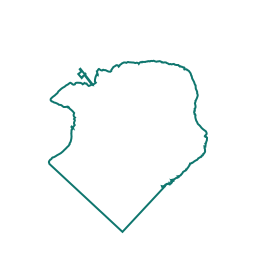 Ollei, Palau (Albers equal-area conic projection), rotated 50°
{"feature_id": "81905179B39968712547281", "entity_name": "Ollei", "entity_type": "district", "adm_level": 2, "iso_a3": "PLW", "parent_name": "Palau", "parent_adm1": "", "projection": "albers", "projection_center": [134.619, 7.719], "detail": "fine", "context": "isolated", "style": "outline", "palette": "teal", "viewbox_px": 256, "rotation_deg": 50, "n_neighbors": 0, "source": "geoboundaries", "source_scale": "gbopen_adm2", "svg_char_len": 5710}
<svg xmlns="http://www.w3.org/2000/svg" viewBox="0 0 256 256"><g transform="rotate(50 128 128)"><path d="M204.0,199.0L196.5,138.3L195.1,139.1L194.9,139.6L194.4,139.4L194.8,139.1L195.4,138.2L195.7,138.0L195.9,137.4L196.2,137.4L196.4,137.1L196.2,136.7L195.7,136.9L195.8,136.5L195.6,136.5L195.5,136.0L195.9,135.6L195.7,135.3L195.6,134.7L195.8,134.2L196.0,134.2L196.3,133.8L196.4,133.1L196.9,132.9L197.2,132.5L197.6,132.4L197.9,132.5L198.1,132.3L198.0,132.0L197.7,131.9L197.6,131.6L197.3,131.5L197.5,131.4L197.6,131.1L197.8,131.1L198.1,130.9L198.1,130.5L197.7,130.3L197.7,130.0L197.9,129.4L197.7,129.0L197.0,129.1L197.1,128.9L197.0,128.6L196.5,128.5L197.2,128.2L197.5,127.9L197.6,127.4L197.8,127.1L197.5,126.7L197.1,126.5L196.4,126.8L196.7,126.2L197.0,125.5L197.1,125.0L197.1,124.5L197.2,123.7L197.3,122.9L197.8,122.4L197.8,121.9L198.0,121.5L198.2,120.7L197.9,120.3L197.2,120.5L197.9,119.2L198.1,117.9L197.8,117.4L197.8,116.3L197.5,115.2L197.1,114.2L197.1,113.6L197.3,112.5L197.6,111.1L197.1,110.3L197.5,110.0L197.0,108.4L196.9,107.4L196.4,106.1L196.2,105.0L195.8,104.7L195.7,104.0L195.1,103.3L195.8,102.2L195.7,101.6L196.1,101.1L196.1,100.0L196.2,98.4L196.4,97.0L196.8,95.5L196.6,94.2L196.4,93.7L196.6,92.8L196.8,91.2L197.1,90.9L197.1,90.1L196.9,89.7L196.5,89.3L197.0,88.5L196.6,87.1L196.3,87.0L196.4,86.5L196.0,84.8L195.4,83.9L194.7,83.4L194.4,83.3L193.7,82.6L192.9,82.4L192.4,82.2L192.1,81.7L191.3,81.3L192.0,80.7L190.9,79.5L190.2,78.8L189.6,78.7L189.6,77.8L188.9,77.0L188.2,75.6L187.2,74.6L186.2,73.7L185.1,73.8L184.7,73.9L184.5,74.4L183.6,74.4L183.4,73.8L183.4,72.9L183.1,71.6L182.5,71.1L181.5,70.7L180.6,70.5L179.3,70.8L178.1,71.1L176.7,71.4L175.7,71.5L174.8,71.6L173.6,71.5L172.7,71.5L171.4,71.6L170.4,71.8L169.4,71.8L168.1,71.3L166.2,71.0L164.6,70.3L163.3,69.7L162.7,69.2L162.2,68.9L161.8,68.2L161.4,68.0L161.0,68.1L160.6,67.8L160.2,68.1L159.7,67.8L159.2,67.5L158.7,67.4L158.5,67.2L157.7,66.4L157.8,66.0L157.5,65.9L157.4,65.4L157.1,65.1L156.2,64.8L155.9,63.5L155.4,62.8L154.5,62.1L153.2,61.4L152.0,60.8L151.9,60.5L151.5,59.9L151.3,59.4L150.9,59.0L150.6,58.9L150.5,58.4L150.1,57.5L149.5,56.2L148.8,55.0L148.5,54.5L148.0,53.8L147.5,53.4L146.8,53.0L146.2,52.9L145.6,52.6L145.2,52.1L144.8,51.8L143.0,51.2L142.3,51.1L141.9,50.9L141.5,50.8L141.0,50.5L140.5,50.1L139.9,49.7L139.3,49.2L138.8,48.8L138.3,48.9L136.8,48.5L135.5,47.9L133.8,47.5L132.7,47.3L132.2,47.1L131.5,47.1L130.4,46.5L129.0,45.8L128.5,45.9L128.3,45.7L127.7,45.5L127.1,45.2L126.2,44.9L124.8,44.8L123.5,44.7L122.1,45.1L121.8,45.4L121.2,45.3L120.5,45.6L120.1,46.0L119.8,46.4L119.5,47.1L119.3,47.2L118.2,46.2L118.0,46.4L117.6,46.2L116.7,46.9L116.4,47.2L115.6,47.4L115.1,48.0L114.4,48.2L114.2,48.7L113.8,48.6L113.2,49.0L112.2,48.9L110.8,50.5L110.2,50.9L109.6,51.4L108.4,51.7L107.8,52.7L107.3,53.7L106.7,54.1L106.2,54.4L105.9,55.1L105.4,55.6L104.6,55.8L104.1,56.0L103.0,56.6L102.2,56.8L101.6,57.4L100.9,58.2L100.6,58.9L100.2,59.3L99.6,59.4L99.3,60.0L98.7,60.0L98.0,60.2L97.3,60.7L96.8,61.3L96.5,61.9L96.0,62.5L95.6,63.5L94.4,64.4L93.0,65.1L92.4,66.3L91.7,66.9L91.3,67.5L90.9,68.2L91.0,68.5L89.7,69.6L89.7,70.1L88.8,71.4L88.6,72.2L88.1,72.8L86.4,74.7L86.6,75.2L86.1,75.6L85.6,76.1L85.5,76.8L85.5,77.6L85.8,78.5L85.0,78.4L83.7,79.2L82.9,80.7L81.5,81.6L80.4,82.8L79.1,84.1L78.3,85.0L77.8,85.2L77.3,85.8L77.2,86.3L77.1,87.3L75.8,88.2L75.0,89.4L74.9,90.2L74.6,91.1L74.7,92.0L74.5,93.3L74.6,93.8L74.9,94.7L75.0,95.7L73.6,95.5L73.1,95.8L72.4,96.6L72.3,97.7L72.2,98.6L71.9,100.0L72.2,100.9L72.4,101.8L72.7,102.8L72.8,103.4L73.6,104.2L73.5,105.4L72.4,106.5L71.6,107.0L70.7,107.4L69.7,107.8L68.8,108.4L68.3,109.2L67.5,109.5L67.3,109.9L67.3,110.9L66.7,111.4L65.9,111.8L64.8,112.1L64.1,112.3L64.0,112.6L64.2,113.6L64.4,114.1L64.6,114.7L64.5,115.4L66.0,116.1L67.0,116.6L67.6,116.7L68.1,117.2L66.9,117.7L68.1,120.1L69.7,122.2L71.2,123.5L72.6,123.5L72.6,124.5L72.4,125.7L72.5,127.1L59.8,126.7L59.4,125.8L58.7,125.8L58.5,126.6L52.0,126.4L52.0,127.2L54.8,127.3L54.7,131.4L60.0,131.4L59.8,130.2L59.3,130.3L59.5,127.3L71.8,127.8L71.4,128.1L71.2,129.0L70.9,130.2L70.6,131.0L69.8,131.2L68.9,131.3L68.2,131.3L67.3,131.2L67.0,131.7L66.4,132.2L65.6,132.3L65.5,133.0L65.5,134.0L65.4,134.6L64.3,134.7L63.0,135.3L61.0,137.4L60.3,138.3L59.9,139.2L60.1,140.1L60.4,140.6L60.1,141.4L59.8,141.9L59.5,142.1L58.5,142.5L57.7,142.5L56.7,142.9L56.2,143.2L56.1,144.1L56.0,145.1L56.0,146.3L55.6,147.7L55.6,148.9L55.6,150.1L55.2,152.2L55.1,153.4L55.1,154.8L55.2,156.3L55.2,157.7L55.6,158.9L55.9,159.7L55.9,162.0L56.0,162.9L55.9,164.6L55.8,165.8L55.9,167.2L56.0,168.3L56.5,169.0L57.1,169.4L58.4,169.4L59.1,168.9L61.0,168.2L62.2,167.3L63.3,166.8L64.2,166.3L65.7,166.0L66.7,165.1L67.8,164.3L68.9,164.2L70.5,163.8L71.6,162.5L72.3,161.5L72.5,160.8L72.9,160.5L73.1,160.8L73.5,160.9L73.8,160.7L73.8,160.1L74.4,160.0L75.2,160.3L76.4,160.1L78.0,159.8L79.9,159.6L81.3,159.6L81.9,159.6L82.0,159.8L82.4,160.3L82.7,160.9L83.3,161.5L83.9,161.8L84.4,162.0L85.4,162.0L86.0,161.9L86.1,162.6L86.4,163.6L87.0,163.6L87.7,163.6L88.1,163.9L88.6,164.8L88.9,165.5L89.6,166.3L90.4,166.7L91.5,166.9L91.6,167.5L91.8,168.4L92.0,169.2L92.3,170.0L92.6,170.1L92.2,170.2L91.8,170.3L91.6,170.2L91.2,170.1L90.7,170.2L90.8,170.6L91.2,170.8L91.8,170.9L92.9,170.9L93.2,171.6L93.2,172.5L93.9,173.2L95.1,174.2L95.5,174.8L96.0,175.0L96.9,175.8L98.1,176.6L99.7,178.2L100.7,179.5L101.6,180.7L102.1,182.1L102.3,182.7L103.0,183.2L103.1,183.9L103.5,185.1L103.5,186.3L103.8,189.0L103.9,191.0L104.1,192.9L104.1,193.9L104.1,195.4L103.9,196.8L103.6,198.3L103.3,199.7L103.1,201.5L102.9,202.6L102.6,203.9L102.1,204.7L102.1,205.2L102.2,205.9L102.4,206.3L102.5,206.6L102.5,207.2L102.3,207.7L102.4,208.5L102.6,209.3L102.9,210.1L103.7,210.8L104.2,210.9L104.8,211.2L105.0,211.3L204.0,199.0Z" fill="none" stroke="#0f766e" stroke-width="2"/></g></svg>